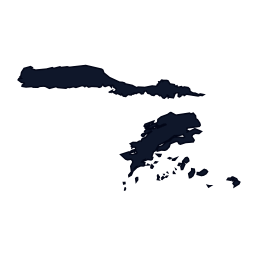 Maluku Tenggara, Maluku, Indonesia, rotated 252°
{"feature_id": "22746128B6545713511337", "entity_name": "Maluku Tenggara", "entity_type": "district", "adm_level": 2, "iso_a3": "IDN", "parent_name": "Indonesia", "parent_adm1": "Maluku", "projection": "mercator", "projection_center": [132.834, -5.655], "detail": "fine", "context": "isolated", "style": "filled", "palette": "ink", "viewbox_px": 256, "rotation_deg": 252, "n_neighbors": 0, "source": "geoboundaries", "source_scale": "gbopen_adm2", "svg_char_len": 5945}
<svg xmlns="http://www.w3.org/2000/svg" viewBox="0 0 256 256"><g transform="rotate(252 128 128)"><path d="M208.2,41.9L208.7,39.5L207.7,38.4L204.4,40.7L203.0,43.1L202.1,43.1L201.5,40.7L200.4,40.1L198.5,43.7L197.2,49.2L196.1,50.5L194.6,54.8L194.9,56.8L194.0,60.4L193.2,62.2L190.0,65.5L189.6,72.4L188.2,73.7L185.0,81.3L185.4,83.3L184.5,84.9L184.2,88.8L182.7,91.0L182.6,97.1L182.1,98.5L180.6,99.7L181.3,101.2L179.0,103.3L178.9,106.1L176.8,111.7L175.6,113.1L175.5,114.8L177.3,117.6L175.0,118.3L174.5,119.2L174.7,122.3L173.6,124.9L173.6,126.6L172.5,127.3L171.3,127.0L169.3,128.6L167.6,128.6L166.7,126.4L167.4,124.9L167.1,124.4L164.0,127.3L164.2,128.7L161.5,131.5L162.3,132.6L159.8,133.4L158.7,135.6L159.9,138.3L158.4,141.3L159.0,142.0L158.5,144.0L159.3,144.5L158.2,146.6L158.7,148.4L157.8,150.6L156.3,151.2L156.0,153.0L157.8,155.0L157.8,156.7L154.9,157.6L153.7,159.6L152.1,160.6L150.9,162.7L151.8,164.7L151.0,166.7L148.8,168.2L148.9,169.4L145.8,170.6L145.1,171.7L146.0,174.4L147.2,175.4L146.4,176.3L146.0,175.5L145.0,175.9L143.8,175.1L144.7,176.5L142.7,180.5L144.6,182.2L145.9,182.3L145.6,182.9L146.6,184.3L146.2,186.1L145.7,187.0L142.8,185.5L141.7,186.3L141.9,188.0L142.8,188.6L142.6,191.2L141.5,191.5L142.1,194.1L136.8,204.6L136.8,206.7L135.9,208.7L136.3,210.4L138.1,207.2L137.9,205.5L140.3,202.8L141.3,200.5L143.6,198.4L146.1,198.6L147.9,197.6L149.7,194.1L149.4,192.6L150.9,191.6L151.2,188.6L152.2,187.3L153.0,187.6L153.0,185.8L154.9,185.5L157.0,181.5L160.6,180.6L161.4,179.3L162.3,176.4L161.8,175.7L162.8,175.6L163.2,174.7L161.9,172.9L162.4,171.5L160.8,171.4L160.4,169.4L159.4,169.2L159.0,167.4L160.5,164.0L161.4,156.5L163.8,150.3L163.7,148.6L167.2,145.2L171.1,138.6L171.8,138.7L173.1,136.9L174.2,134.1L181.7,126.0L187.9,122.0L190.8,122.0L192.1,121.1L200.5,107.1L203.8,91.0L205.0,89.1L206.2,83.1L207.2,82.2L207.6,75.8L208.8,74.7L209.2,68.7L211.6,58.0L214.0,54.8L214.6,54.4L215.1,55.6L216.5,54.3L216.8,47.6L213.9,44.0L210.7,42.3L209.9,40.9L208.2,41.9ZM105.0,121.3L105.0,112.8L99.2,116.1L97.9,117.7L97.4,121.2L95.5,122.2L93.8,121.9L90.8,118.8L85.3,117.8L83.0,114.2L81.6,113.9L82.2,116.6L85.4,119.4L87.3,123.4L87.8,122.2L88.6,123.8L88.6,124.5L87.7,123.9L88.1,128.3L87.1,131.2L87.4,132.7L88.6,132.2L89.7,133.3L91.0,131.2L92.1,133.2L92.1,131.5L92.8,132.7L92.8,134.2L91.7,133.1L92.0,137.1L90.5,140.0L90.7,141.3L92.4,142.5L93.3,141.6L97.4,144.8L98.1,144.3L97.6,145.2L98.0,147.2L102.3,151.8L103.9,162.7L106.5,169.5L105.1,174.2L104.8,178.5L102.0,179.1L101.6,178.0L104.9,170.4L104.9,167.6L102.9,163.9L102.8,160.4L100.5,154.8L100.6,150.5L97.0,148.8L96.7,153.0L95.4,156.2L95.6,158.2L97.3,161.3L100.0,163.2L100.4,169.6L99.7,171.2L97.3,171.7L96.4,172.8L96.4,178.3L94.6,185.8L96.0,187.2L100.3,186.0L101.7,187.4L102.2,190.2L100.8,193.8L102.0,196.8L106.7,191.3L105.9,186.9L106.0,183.5L106.8,184.4L107.5,183.1L109.7,184.3L107.5,196.3L108.4,197.6L110.5,197.7L114.4,196.6L115.8,195.4L118.8,196.0L122.0,194.6L121.9,192.1L123.1,191.2L125.4,177.5L129.5,173.6L129.5,172.7L128.6,169.9L128.3,162.9L126.9,159.1L124.5,158.1L123.6,156.1L121.5,156.7L120.0,158.8L120.6,162.9L120.0,165.0L119.4,165.1L118.7,156.1L119.3,156.2L119.9,158.1L121.2,157.0L119.4,154.0L119.3,152.3L120.0,150.7L119.6,148.4L121.0,145.1L119.7,142.7L116.6,142.9L117.9,149.2L117.4,149.4L116.3,146.2L113.6,141.9L113.2,137.9L111.5,136.6L112.0,134.7L111.4,132.0L112.8,128.2L112.3,125.3L111.0,126.2L109.6,125.6L109.5,126.4L107.9,125.6L108.1,127.0L108.6,127.0L107.2,129.2L104.4,128.2L101.9,129.0L101.1,128.4L101.3,124.2L102.7,121.7L103.9,122.2L103.4,126.4L102.6,126.9L105.3,127.4L105.5,125.1L104.6,122.1L104.2,122.4L105.0,121.3ZM49.3,207.8L48.2,206.4L46.6,209.5L47.0,212.3L46.0,212.1L44.8,213.6L44.9,212.9L42.7,210.7L40.6,211.6L39.2,210.8L40.5,216.2L42.0,217.6L43.8,216.0L46.1,215.6L49.1,212.5L49.1,211.4L48.4,211.0L49.3,207.8ZM65.1,187.7L63.4,182.2L64.2,180.2L62.5,179.4L60.1,183.1L59.8,185.4L60.4,188.1L61.9,190.2L63.7,189.5L65.1,187.7ZM65.8,171.6L61.7,171.1L61.5,172.4L62.5,175.0L65.6,177.8L68.4,178.3L69.6,176.0L67.5,175.3L65.8,171.6ZM123.8,149.2L121.8,145.7L121.9,147.5L121.1,146.5L120.4,146.8L120.8,149.0L120.3,149.2L120.3,152.3L120.9,152.2L121.1,150.7L121.2,154.8L122.1,156.4L124.0,155.3L123.8,149.2ZM79.6,170.0L76.8,172.8L77.9,175.7L80.3,175.9L81.8,175.1L81.8,173.4L79.6,170.0ZM126.3,145.5L124.8,143.9L123.8,144.5L122.5,144.3L121.9,145.0L124.1,145.5L123.3,146.9L124.1,147.2L125.8,151.2L124.6,152.8L126.6,154.6L126.3,145.5ZM72.0,166.0L71.7,167.2L75.9,170.9L78.6,169.4L77.3,168.9L75.3,166.4L72.0,166.0ZM77.9,121.8L78.2,120.7L77.6,119.7L74.2,119.1L75.7,121.2L77.9,121.8ZM116.6,138.5L115.1,139.5L116.2,142.0L117.0,142.3L118.1,141.0L117.5,139.0L116.6,138.5ZM92.6,151.2L94.2,147.0L91.2,148.7L91.1,149.9L92.6,151.2ZM84.6,165.1L84.3,160.6L83.6,160.4L82.9,162.5L84.6,165.1ZM71.4,141.0L69.9,140.0L69.2,141.4L70.3,141.0L71.2,142.4L72.2,142.6L73.2,141.9L74.5,142.2L73.5,141.3L71.4,141.0ZM83.7,137.6L82.7,137.7L82.3,138.7L83.6,140.2L85.6,139.3L83.7,137.6ZM48.9,185.9L46.9,186.4L47.5,188.8L47.9,187.5L48.9,185.9ZM77.2,108.2L77.6,106.8L76.1,106.6L76.0,107.9L77.2,108.2ZM70.9,146.2L70.1,144.6L69.1,145.4L69.6,146.9L70.9,146.2ZM78.6,165.7L77.1,164.2L76.5,165.0L77.9,167.2L78.6,165.7ZM167.9,121.2L167.6,120.7L168.0,121.9L167.1,122.9L168.5,124.3L167.9,121.2ZM86.8,157.1L85.7,158.2L86.0,159.6L87.0,158.4L86.8,157.1ZM70.8,157.2L70.4,158.4L72.3,157.8L72.0,157.5L70.8,157.2ZM86.7,145.1L87.4,143.6L86.6,142.5L86.2,143.9L86.7,145.1ZM72.4,107.0L69.5,105.3L70.9,106.8L72.4,107.0ZM70.0,150.5L70.2,149.6L69.7,148.7L69.3,149.5L70.0,150.5ZM87.5,135.6L86.9,134.9L86.5,136.6L87.5,135.6ZM98.7,148.7L98.6,148.2L98.3,147.9L98.0,148.9L98.7,148.7ZM69.0,145.3L68.8,144.4L69.1,143.8L68.6,144.6L69.0,145.3ZM71.9,148.0L72.6,148.1L72.7,147.8L71.9,148.0ZM172.5,124.6L171.8,124.9L172.3,125.3L172.5,124.6ZM74.3,151.7L73.8,151.5L73.5,151.8L74.3,151.7ZM74.0,160.8L73.1,160.8L73.7,161.0L74.0,160.8ZM45.6,211.0L45.0,210.6L45.6,211.2L45.6,211.0ZM115.3,140.8L115.7,141.0L115.3,140.6L115.3,140.8Z" fill="#0f172a" stroke="#020617" stroke-width="1.5"/></g></svg>